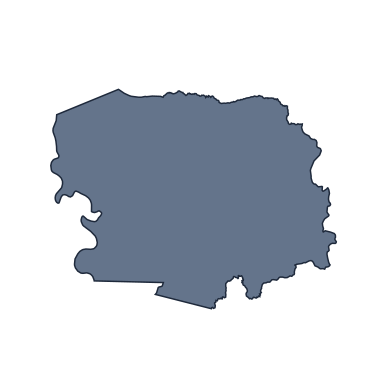 Obando, Valle del Cauca, Colombia (Natural Earth projection), rotated 340°
{"feature_id": "7082276B70785210683383", "entity_name": "Obando", "entity_type": "district", "adm_level": 2, "iso_a3": "COL", "parent_name": "Colombia", "parent_adm1": "Valle del Cauca", "projection": "natural_earth1", "projection_center": [-75.925, 4.598], "detail": "fine", "context": "isolated", "style": "filled", "palette": "slate", "viewbox_px": 384, "rotation_deg": 340, "n_neighbors": 0, "source": "geoboundaries", "source_scale": "gbopen_adm2", "svg_char_len": 6018}
<svg xmlns="http://www.w3.org/2000/svg" viewBox="0 0 384 384"><g transform="rotate(340 192 192)"><path d="M316.3,231.7L316.0,231.2L312.7,230.4L312.2,230.0L310.8,226.9L310.0,226.6L309.1,225.8L308.4,224.0L308.7,219.6L309.4,217.7L310.6,212.2L311.7,210.6L317.3,204.5L324.6,200.9L327.5,197.5L327.5,195.4L327.1,194.7L325.4,193.2L324.9,192.0L325.1,191.0L326.3,188.3L326.3,186.1L325.0,184.4L323.6,184.0L321.8,182.3L321.1,179.3L318.1,176.2L317.0,174.0L316.8,172.3L317.0,169.1L317.4,168.1L318.1,167.5L318.9,165.8L317.3,165.6L316.8,165.1L315.9,165.2L314.9,164.1L313.7,164.5L312.2,164.0L311.5,162.8L309.9,162.1L309.1,162.0L308.8,161.3L308.1,161.9L307.1,161.9L306.7,161.7L306.2,160.9L306.0,160.3L306.3,159.5L305.7,156.4L306.3,154.5L307.1,153.5L307.1,153.1L308.5,152.8L309.4,151.4L309.4,150.0L310.2,147.8L310.1,146.4L311.0,144.0L309.8,143.0L308.8,143.3L308.3,143.0L308.1,142.3L307.0,142.2L306.4,140.7L305.4,139.7L305.5,137.8L304.3,135.7L304.5,135.2L304.1,133.7L303.6,133.6L302.9,134.1L302.2,133.1L301.4,133.2L301.0,132.9L300.8,131.9L298.6,130.8L297.1,130.4L296.2,129.9L295.8,130.2L295.3,130.1L295.1,129.4L293.0,128.7L292.5,129.0L292.1,128.9L291.1,127.8L290.6,126.2L289.3,125.5L288.4,124.5L287.8,124.3L286.7,124.7L285.4,124.5L283.5,123.2L281.9,123.4L280.0,122.8L278.5,123.0L275.1,122.3L273.4,122.5L272.4,122.1L271.1,122.4L270.2,122.2L269.6,121.8L268.7,122.1L266.2,121.3L264.1,121.9L262.5,121.8L261.9,121.2L261.0,121.5L259.6,121.1L257.7,121.3L256.3,120.5L253.7,120.1L252.7,119.5L249.7,118.8L248.1,117.1L248.4,115.9L248.1,115.0L246.5,113.9L246.3,112.8L245.0,111.5L244.8,110.1L244.2,108.9L243.0,108.8L242.0,109.5L241.6,108.4L240.5,107.1L240.0,107.4L239.6,108.2L238.4,106.9L237.9,107.6L237.2,107.9L237.4,106.7L236.5,105.9L236.1,105.0L235.0,104.8L234.2,104.4L233.8,104.8L232.3,104.7L231.8,103.8L230.0,102.5L229.6,101.1L229.3,100.9L228.1,100.4L227.4,100.9L226.5,100.1L225.4,100.3L224.7,99.9L224.4,99.2L223.7,99.2L223.2,98.2L222.7,98.4L221.9,98.0L220.9,98.8L219.3,99.2L218.1,96.9L217.5,96.4L217.5,95.4L216.9,95.2L215.8,94.1L214.5,92.6L213.4,92.5L212.8,93.1L209.9,93.6L207.8,93.3L207.0,92.4L206.4,92.2L206.1,91.4L205.6,91.4L205.1,91.0L204.6,91.1L204.4,90.7L203.9,90.9L202.8,90.5L199.7,91.8L198.5,91.9L197.2,93.1L195.2,91.4L187.5,88.3L181.9,86.9L180.7,86.2L176.7,85.6L174.1,84.6L167.5,81.2L165.6,79.6L162.1,76.1L158.0,70.4L91.3,73.1L88.8,78.5L83.3,84.7L82.3,86.9L82.0,88.7L82.0,94.3L81.5,97.8L80.3,102.8L78.9,107.1L78.9,108.5L79.4,111.8L79.3,112.7L78.3,114.0L77.3,114.2L73.8,114.1L72.4,114.5L70.1,116.1L68.4,118.8L67.4,123.1L67.5,124.6L68.4,126.3L71.3,129.4L72.9,131.9L73.9,134.4L74.0,137.6L73.1,140.2L71.3,142.9L70.6,143.6L64.1,147.2L62.6,148.6L61.6,150.3L61.1,151.8L60.9,153.6L61.3,155.4L62.3,156.7L63.4,156.7L67.1,152.2L69.0,150.8L69.8,150.6L71.6,151.0L73.4,152.4L74.5,154.0L76.1,155.1L78.5,154.6L81.3,152.0L82.3,151.5L83.3,151.5L85.3,153.2L87.0,155.3L90.7,159.0L92.7,162.1L93.3,163.9L93.6,165.0L93.6,168.1L93.2,169.8L90.9,175.9L91.0,176.2L92.1,177.2L93.5,178.0L95.9,178.1L97.5,177.8L98.6,178.2L99.7,180.0L99.9,180.9L99.2,182.0L97.9,183.1L95.3,184.4L93.6,185.9L91.6,186.7L90.2,186.5L87.2,184.8L84.0,182.0L81.6,177.5L80.8,177.3L79.7,178.1L78.2,180.4L77.8,182.1L78.0,185.6L78.6,187.0L83.4,194.4L86.0,200.3L86.3,202.9L85.7,207.1L84.5,209.3L83.5,210.3L81.1,211.5L80.0,211.7L77.2,211.2L72.8,209.3L70.0,208.8L68.7,208.9L66.2,209.5L63.5,211.1L59.2,214.9L57.0,219.4L56.6,220.6L56.5,223.5L57.6,227.3L59.9,230.2L61.7,231.1L65.5,232.0L68.1,233.9L69.1,235.5L69.8,237.4L69.9,240.9L69.7,242.1L134.1,267.3L131.9,270.1L131.0,270.3L128.5,270.0L127.6,270.2L124.2,274.7L122.5,275.7L170.3,308.3L170.9,307.5L171.5,307.4L171.9,307.5L172.4,308.7L174.0,308.6L175.0,306.8L175.2,304.1L175.5,303.8L176.5,303.8L177.4,302.1L178.0,302.7L178.5,302.9L178.9,302.6L179.4,301.7L180.4,301.3L181.7,302.0L182.6,301.7L183.7,302.8L184.2,302.4L184.3,301.4L184.8,301.1L185.6,301.4L186.5,302.5L187.7,302.3L188.8,299.7L189.0,298.2L190.3,296.3L190.6,294.9L191.3,293.8L191.4,292.2L192.4,289.6L195.5,287.9L196.4,288.5L198.2,288.5L198.9,287.8L200.0,287.6L201.3,287.0L201.8,286.0L202.3,285.7L203.1,286.1L203.7,287.1L205.1,288.0L205.6,289.0L206.1,288.8L206.2,288.1L206.5,287.8L206.9,286.6L207.1,286.7L207.0,287.7L207.6,286.8L208.2,287.6L209.0,287.8L209.7,287.6L210.0,287.8L210.3,290.3L210.0,290.9L210.4,291.6L210.0,292.5L209.5,292.4L209.3,293.0L208.6,292.6L208.4,293.7L208.0,293.9L207.9,294.2L208.7,294.7L208.3,295.9L208.4,297.1L209.4,298.0L209.7,299.7L210.4,301.4L210.3,303.7L209.8,304.6L208.7,305.3L207.9,306.3L207.6,308.4L209.0,310.6L209.5,312.0L210.7,312.1L211.6,313.1L212.5,312.9L213.5,312.0L214.2,312.1L215.4,313.2L216.3,313.6L216.8,313.0L217.7,313.5L219.0,312.6L219.9,313.5L220.3,312.5L220.9,312.2L220.6,311.8L220.7,311.0L221.2,311.3L221.8,310.6L222.7,310.2L222.3,309.3L222.6,309.0L222.9,307.7L224.4,306.4L224.5,305.8L226.4,303.0L228.2,302.1L230.7,302.7L232.1,302.5L234.3,303.3L237.1,301.8L238.6,302.2L241.5,303.8L243.4,303.1L244.5,302.2L245.7,302.1L248.1,303.0L249.9,304.3L252.2,305.0L255.4,304.4L256.9,305.3L257.4,305.2L258.6,304.5L259.7,304.5L260.3,303.8L260.8,302.1L262.4,299.6L264.0,298.5L264.3,297.0L263.7,295.9L264.0,295.7L264.7,296.0L265.6,295.7L270.9,296.8L273.0,296.6L274.4,297.3L278.4,296.8L280.3,297.1L281.2,297.9L281.9,299.5L282.3,303.4L284.6,305.5L286.0,307.7L286.6,308.2L288.9,308.8L290.3,309.9L291.8,308.4L294.4,308.8L296.0,308.4L296.8,307.7L296.5,306.9L296.4,304.7L296.9,300.3L297.6,296.4L298.6,294.6L300.0,294.3L300.9,293.7L301.6,290.1L302.3,289.3L304.3,288.3L306.3,288.2L309.0,289.3L310.0,289.0L310.6,288.1L310.0,285.5L310.6,284.3L311.3,283.7L311.8,282.3L312.0,281.3L311.5,279.7L308.5,277.1L303.9,274.0L301.9,274.5L301.6,274.3L301.6,273.4L303.0,271.4L303.2,268.5L303.8,266.0L305.6,264.1L307.5,262.6L312.1,261.3L312.6,260.9L312.8,260.3L312.2,258.3L312.0,256.9L314.0,252.7L314.7,251.9L316.6,252.1L317.6,251.5L318.0,250.9L318.0,249.7L317.4,248.1L317.8,245.4L318.9,243.0L320.7,240.3L321.3,236.9L321.2,235.6L321.1,234.7L320.7,234.5L319.7,235.2L316.5,236.0L315.6,236.1L315.1,235.8L314.9,234.8L316.3,231.7Z" fill="#64748b" stroke="#1e293b" stroke-width="1.5"/></g></svg>